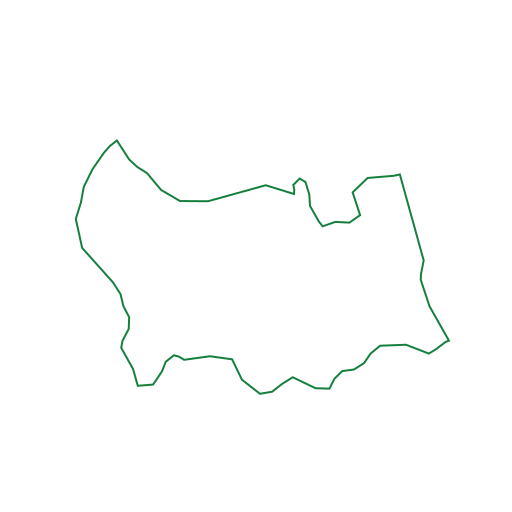 SVG path tracing the border of Sakarya, rotated 62°
{"feature_id": "TUR-2267", "entity_name": "Sakarya", "entity_type": "Province", "adm_level": 1, "iso_a3": "TUR", "parent_name": "Turkey", "parent_adm1": "", "projection": "robinson", "projection_center": [30.503, 40.751], "detail": "fine", "context": "isolated", "style": "outline", "palette": "green", "viewbox_px": 512, "rotation_deg": 62, "n_neighbors": 0, "source": "natural_earth", "source_scale": "10m", "svg_char_len": 1011}
<svg xmlns="http://www.w3.org/2000/svg" viewBox="0 0 512 512"><g transform="rotate(62 256 256)"><path d="M251.5,90.7L338.6,110.0L349.3,118.7L354.3,121.7L381.8,126.4L421.3,125.4L420.9,129.3L422.8,140.6L423.3,149.2L404.8,165.2L393.5,188.5L395.9,200.5L401.3,210.9L402.2,222.8L398.1,233.9L401.2,244.4L407.6,253.4L400.7,265.5L380.3,280.5L381.2,293.1L383.4,305.5L379.5,317.2L358.6,326.5L336.0,325.6L322.9,343.7L313.9,368.2L308.9,371.1L305.1,375.1L307.0,385.3L313.7,393.1L321.2,407.2L315.1,421.3L298.1,417.6L273.8,418.1L268.3,413.8L260.6,402.6L250.5,396.7L237.9,396.6L226.0,393.5L212.0,394.7L167.2,405.7L138.7,397.7L126.7,385.6L114.0,375.5L102.5,359.4L93.4,341.7L90.3,333.4L88.7,324.6L111.2,322.7L121.7,319.0L131.7,313.3L153.1,308.8L171.8,297.3L185.1,272.7L198.1,214.2L219.1,193.3L215.2,191.0L210.8,189.7L208.1,181.1L213.9,177.6L226.8,180.1L237.2,184.8L255.3,184.3L261.1,183.2L263.1,170.0L270.4,157.8L268.8,144.9L245.2,140.8L239.5,120.8L249.9,96.6L251.5,90.7Z" fill="none" stroke="#15803d" stroke-width="2"/></g></svg>